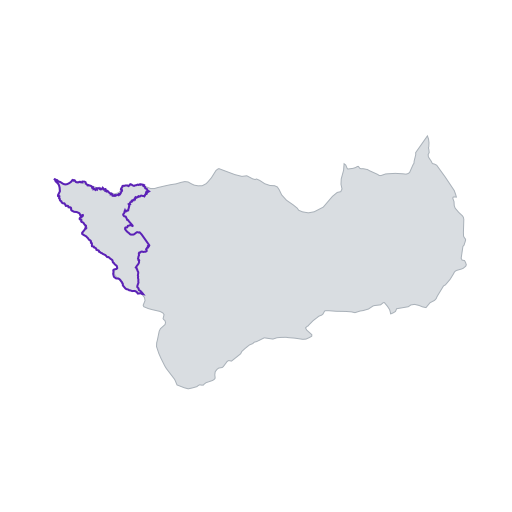 where Haut-Mbomou sits in Central African Republic, rotated 187°
{"feature_id": "CAF-867", "entity_name": "Haut-Mbomou", "entity_type": "Prefecture", "adm_level": 1, "iso_a3": "CAF", "parent_name": "Central African Republic", "parent_adm1": "", "projection": "albers", "projection_center": [25.352, 6.594], "detail": "fine", "context": "in_parent", "style": "outline", "palette": "violet", "viewbox_px": 512, "rotation_deg": 187, "n_neighbors": 0, "source": "natural_earth", "source_scale": "10m", "svg_char_len": 9765}
<svg xmlns="http://www.w3.org/2000/svg" viewBox="0 0 512 512"><g transform="rotate(187 256 256)"><path d="M356.5,190.7L361.2,192.0L362.0,193.4L360.7,198.2L361.6,201.2L364.2,203.7L366.9,204.8L369.5,205.4L378.5,207.0L382.3,208.7L387.2,214.3L393.4,219.4L394.9,222.1L394.6,224.6L392.8,227.5L393.1,228.8L395.9,231.7L399.2,234.8L405.2,238.2L415.6,243.5L420.3,247.0L421.9,249.7L424.6,252.7L428.3,255.3L430.8,257.4L429.1,263.2L429.6,265.1L430.5,266.8L432.7,269.1L433.6,272.1L435.7,275.7L438.3,277.4L442.6,278.0L444.9,279.7L449.6,282.6L454.1,285.2L456.1,286.9L457.3,288.5L458.3,290.3L458.9,292.1L459.0,296.0L459.8,300.9L462.2,304.3L464.5,306.8L455.2,303.9L453.8,303.9L452.2,304.4L447.3,307.9L445.8,308.4L439.6,307.6L424.8,304.9L413.4,302.2L410.0,301.2L403.9,300.3L399.8,302.2L396.1,308.4L395.0,309.7L389.0,311.5L386.2,311.0L379.3,312.7L368.7,310.1L364.9,310.6L362.0,311.9L354.3,314.7L349.7,316.3L344.3,317.8L339.2,320.0L335.7,321.2L332.4,321.2L329.3,319.9L326.0,318.8L322.0,318.6L317.9,319.2L314.3,321.7L312.9,323.5L309.8,328.2L306.2,335.9L304.8,337.4L303.5,338.2L286.9,334.2L279.7,333.3L274.9,334.5L268.8,332.2L266.2,331.8L264.9,332.5L261.6,331.5L256.1,328.8L250.8,327.7L246.1,328.0L243.2,327.1L241.0,324.5L238.0,319.8L232.6,315.1L225.4,311.3L220.9,308.5L219.2,306.6L215.3,305.5L209.3,305.2L203.6,307.0L195.2,312.7L187.4,324.5L183.1,329.0L179.7,330.2L178.8,333.0L180.4,337.6L180.8,342.9L179.5,351.8L179.8,358.3L178.0,357.2L176.3,354.2L175.5,353.5L170.4,354.8L167.8,356.0L166.3,357.2L165.3,357.4L163.7,355.7L162.4,355.4L160.4,355.7L158.4,355.6L157.1,355.4L156.2,355.5L153.8,354.5L145.2,351.8L143.7,351.0L141.9,351.0L137.4,353.2L135.0,353.7L127.8,355.0L120.0,355.5L117.1,355.5L115.0,356.4L113.7,357.7L111.2,365.9L110.5,367.3L110.6,369.4L109.8,376.0L110.1,378.1L100.5,396.1L99.0,393.1L98.1,389.5L97.8,385.4L98.0,384.3L97.5,383.1L96.7,379.8L97.5,377.7L97.0,375.4L95.2,373.2L93.6,371.4L92.7,369.9L91.9,369.2L90.1,369.0L87.7,368.1L77.7,357.3L67.2,345.1L65.2,341.1L64.3,338.9L66.9,338.7L67.6,338.3L67.7,337.2L66.1,334.1L65.4,330.2L64.2,327.8L60.1,324.0L56.1,321.1L54.9,319.7L54.2,317.6L53.0,304.6L52.4,300.9L51.2,299.3L50.3,298.5L49.9,297.6L50.2,295.3L50.7,293.3L50.7,292.4L51.8,290.7L52.1,278.7L50.9,277.0L48.5,276.9L47.2,275.1L46.2,272.9L46.6,271.4L48.9,269.0L50.5,268.1L55.0,266.2L56.3,265.3L57.2,264.1L57.7,262.6L60.5,256.5L64.5,250.4L66.2,249.2L70.3,240.2L71.3,237.9L72.0,235.6L73.3,233.8L77.6,230.8L81.0,225.5L84.5,225.8L88.1,226.8L92.7,227.3L96.3,226.3L98.7,224.2L110.0,220.8L110.8,218.0L112.6,216.5L114.7,215.2L115.4,215.0L115.6,216.0L116.8,219.0L119.3,222.0L122.9,225.4L124.0,225.2L126.4,222.7L132.2,221.3L133.7,220.7L137.9,217.1L143.0,214.9L145.9,214.1L150.9,211.8L154.5,212.2L160.3,211.9L169.9,210.9L176.8,210.6L180.3,210.2L181.2,209.7L182.6,206.3L183.7,205.3L186.3,203.9L191.5,198.7L194.9,194.3L195.9,192.8L196.6,192.5L198.1,190.7L196.7,188.7L191.0,184.7L191.1,184.2L190.8,183.5L191.1,183.0L193.3,181.4L196.3,179.6L199.4,179.0L207.6,179.2L214.5,178.9L216.2,179.0L221.6,178.2L225.3,177.4L229.1,175.6L237.8,175.8L245.0,171.1L247.1,170.3L248.0,169.5L248.3,168.8L251.7,166.9L255.5,163.0L258.5,159.5L259.3,157.1L267.5,148.7L270.4,148.9L271.8,147.8L275.0,142.2L276.0,141.2L279.4,140.2L281.0,138.6L282.4,136.1L282.4,133.0L281.8,130.5L281.8,129.3L282.6,128.3L283.9,127.2L290.1,124.2L291.7,122.7L292.6,121.4L294.4,121.2L296.2,121.3L297.4,120.5L298.8,119.1L303.1,117.3L307.1,115.9L311.2,116.5L318.7,118.4L321.0,122.5L322.0,123.9L331.3,133.4L333.1,135.7L337.7,142.6L340.5,147.3L343.7,154.0L344.0,157.7L343.6,160.8L342.9,169.6L342.0,172.2L337.9,176.9L337.7,179.1L338.6,180.9L339.8,181.6L340.6,182.5L340.1,186.6L341.6,188.2L344.6,189.3L352.4,190.1L356.5,190.7Z" fill="#d9dde1" stroke="#a8b0b8" stroke-width="1"/><path d="M363.3,204.4L364.6,204.5L365.5,205.2L367.6,204.5L368.7,204.3L369.5,205.1L369.8,205.6L371.3,206.4L372.4,206.5L374.6,206.1L376.4,206.5L377.7,206.5L378.7,207.1L380.6,207.3L381.6,207.8L384.3,210.3L384.7,210.9L384.7,212.0L385.4,212.7L385.5,213.3L385.8,213.7L386.4,214.1L387.9,215.8L388.9,216.5L389.9,216.9L391.3,216.7L392.5,216.8L393.1,217.3L393.9,217.6L394.4,218.0L394.7,218.5L395.6,220.9L395.5,222.8L395.9,224.2L395.8,224.8L395.1,225.4L393.0,226.1L392.3,226.8L392.4,227.7L393.1,229.3L395.0,230.4L395.6,230.9L396.1,231.6L397.1,232.1L397.4,232.5L397.8,233.9L398.1,234.4L398.5,234.7L400.3,235.6L401.6,236.6L402.4,237.0L403.0,236.8L403.6,236.8L405.5,238.5L406.0,238.7L408.6,239.5L409.4,240.1L410.3,240.2L410.6,240.3L411.1,240.8L412.2,241.0L412.4,241.2L412.4,241.7L412.7,242.2L413.2,242.4L414.6,242.5L415.2,242.7L415.5,243.9L416.6,244.5L417.9,244.8L418.1,245.5L420.0,245.7L420.2,246.4L420.3,248.1L420.6,248.8L420.8,248.9L421.4,248.9L421.5,249.0L421.4,249.6L421.6,250.3L421.7,250.7L422.1,251.1L422.8,251.5L423.9,251.9L424.9,253.2L426.2,254.1L426.7,254.7L427.9,255.2L429.8,255.9L431.3,256.8L431.4,257.9L430.6,259.2L429.6,260.6L429.0,261.9L428.1,262.5L427.9,262.9L428.5,263.1L428.5,263.6L428.3,264.8L428.5,265.4L430.0,266.3L431.3,267.9L431.9,268.2L433.2,268.5L433.7,268.9L433.8,270.5L434.1,270.7L435.1,270.8L435.6,271.3L435.6,271.9L435.3,272.5L433.5,273.8L433.0,274.3L432.7,275.0L432.9,275.6L433.4,275.5L434.7,274.6L435.2,274.7L436.2,276.6L436.7,277.0L438.6,277.6L439.6,277.8L441.9,277.7L444.2,278.5L444.8,278.9L445.1,279.3L445.3,280.8L445.6,281.4L446.3,281.7L447.1,281.7L447.6,281.5L448.0,281.5L448.3,282.3L448.7,282.8L449.4,282.9L450.8,282.5L451.2,282.9L451.5,283.8L452.1,284.3L452.4,284.7L452.6,284.9L453.8,284.7L455.4,285.4L455.8,286.5L456.9,287.0L457.3,287.4L457.6,287.9L457.8,288.9L458.5,289.4L458.3,290.8L458.5,291.4L459.4,291.1L459.8,291.3L459.9,291.6L459.9,292.5L458.6,296.0L458.5,296.5L458.8,297.8L459.2,299.9L460.0,301.9L460.6,302.9L461.2,303.7L464.0,305.7L464.5,306.9L465.4,307.6L465.8,308.0L464.6,307.6L464.2,307.3L462.6,307.1L461.3,306.0L459.2,305.6L456.6,304.3L455.3,303.9L453.9,303.8L452.4,304.2L450.3,305.5L448.4,307.3L447.8,308.6L447.2,309.2L446.6,309.1L446.3,308.7L446.1,308.6L445.6,309.1L445.3,309.1L443.8,307.5L443.1,307.3L441.6,307.3L440.5,308.0L439.7,307.9L439.6,308.2L439.4,308.2L439.1,307.9L438.5,307.8L437.9,308.0L437.6,308.5L437.3,308.2L437.1,308.5L436.3,308.8L435.4,308.9L434.2,308.5L433.5,307.0L432.1,306.1L431.8,305.6L430.9,306.0L430.6,305.6L429.5,305.7L428.6,305.5L428.0,305.3L427.4,304.8L427.2,304.3L426.5,304.5L426.5,303.8L426.1,304.0L425.9,303.7L425.6,302.7L425.2,303.1L424.7,302.7L424.3,302.9L423.9,302.3L423.4,302.0L423.1,302.6L422.8,302.7L422.1,302.5L422.3,303.6L421.7,303.4L421.5,303.6L421.4,303.9L420.4,304.0L420.1,304.3L419.1,303.3L418.3,303.1L418.0,303.2L417.9,303.5L417.9,304.0L417.4,303.8L416.8,303.9L416.4,304.3L416.3,304.9L415.7,304.4L415.1,303.4L414.3,303.4L413.9,304.0L413.6,304.1L413.1,303.0L413.2,302.5L412.6,302.7L412.5,301.9L412.0,301.7L411.8,301.8L412.1,302.1L411.8,302.5L411.4,302.5L410.6,302.1L409.2,300.7L408.5,300.5L408.1,300.1L407.5,300.1L407.0,300.4L406.6,300.1L406.6,299.9L407.0,299.4L406.3,299.4L406.0,299.1L405.7,298.3L404.1,298.4L404.4,299.0L403.2,299.4L402.9,299.3L402.5,298.9L401.0,299.8L400.3,300.0L399.7,299.6L399.4,300.0L398.9,300.2L398.7,300.4L399.1,301.0L398.4,301.2L398.0,301.6L397.7,303.0L396.9,304.4L397.1,305.2L397.9,305.4L398.2,305.6L398.2,305.9L398.0,306.8L397.4,307.6L397.1,309.1L396.8,309.4L394.9,309.7L394.3,310.1L392.2,310.3L391.4,309.9L391.1,309.8L390.6,310.4L390.2,310.6L389.6,311.9L389.4,312.0L388.2,311.7L387.1,311.1L385.6,310.7L384.6,311.4L383.8,311.5L382.6,312.2L382.0,312.5L381.1,312.2L380.1,313.0L379.7,313.1L379.4,312.7L378.8,313.1L378.2,313.1L376.1,312.9L375.7,312.7L376.3,311.8L375.8,311.5L374.9,311.2L374.5,310.9L374.3,310.5L374.3,309.9L374.0,309.6L372.5,309.2L371.8,308.1L371.2,307.6L370.1,307.1L371.0,306.4L372.0,306.9L372.6,306.6L372.7,306.2L372.0,305.9L371.9,305.8L371.9,305.5L372.2,305.2L372.0,304.8L372.0,304.5L372.2,304.2L372.5,304.2L373.0,304.6L373.2,303.6L373.6,303.1L373.6,302.4L374.0,302.1L374.2,301.6L374.7,301.9L376.1,301.8L377.1,302.0L377.7,301.8L378.3,301.0L378.9,300.8L379.6,301.1L379.9,301.1L380.1,300.3L381.0,300.1L381.5,299.3L381.8,299.2L382.1,299.5L382.7,299.7L383.0,298.7L383.0,297.8L383.0,297.7L383.4,297.9L383.5,297.2L384.1,297.0L384.2,296.3L384.4,296.3L384.9,296.5L385.3,296.2L386.0,295.9L386.1,295.7L385.7,295.3L385.7,294.9L386.0,294.7L386.5,294.7L386.8,294.2L387.3,294.0L387.5,293.6L387.6,292.8L388.4,292.2L387.6,291.8L388.3,291.3L388.0,290.9L387.8,290.3L388.1,289.8L388.0,288.8L388.2,288.1L388.2,287.3L388.5,286.6L388.4,285.7L389.0,285.3L389.9,285.2L390.4,284.4L390.7,284.3L391.0,284.4L391.6,285.4L391.9,284.3L391.9,283.1L392.2,282.3L392.8,281.4L392.9,280.9L392.7,280.4L392.0,279.6L391.5,279.3L390.4,279.3L390.1,279.2L389.3,277.9L388.8,277.3L388.5,276.3L388.0,276.1L387.2,276.0L386.7,275.2L382.5,271.5L382.1,270.9L382.3,270.7L383.4,271.1L384.5,271.3L385.0,271.2L385.7,270.7L386.9,270.3L387.3,268.8L387.6,268.6L389.0,268.4L389.2,268.2L389.3,267.7L389.2,266.7L388.5,265.9L387.1,264.6L385.9,263.8L385.1,263.4L383.7,262.3L383.3,262.1L382.7,262.0L380.4,262.3L379.6,262.7L377.7,264.6L377.1,265.1L376.6,265.2L375.2,265.0L374.4,265.3L372.2,263.5L363.2,253.6L363.4,252.9L364.5,252.8L364.6,252.6L364.0,251.7L364.0,251.4L364.2,251.2L364.8,251.1L365.3,250.6L365.4,249.7L365.9,249.4L365.9,249.2L365.4,248.8L365.1,247.7L365.9,246.9L366.4,246.7L367.0,246.7L368.1,246.3L368.8,246.3L369.4,246.5L369.9,246.5L370.7,246.2L371.5,245.2L372.2,245.3L372.3,245.2L372.6,244.5L372.6,244.0L372.2,242.4L372.6,241.3L372.6,240.3L372.8,238.9L372.1,238.3L372.2,237.6L371.9,237.4L371.5,237.6L371.4,237.5L371.5,236.5L371.3,235.6L371.5,234.6L372.0,233.4L373.0,231.8L373.9,229.9L372.9,229.3L372.8,228.6L372.3,228.2L371.9,227.0L371.1,226.0L370.8,225.0L370.9,222.3L370.5,221.5L370.5,220.0L369.9,218.4L369.7,216.3L369.4,215.3L370.1,212.1L370.1,210.8L368.6,209.5L368.3,208.4L367.9,207.8L366.8,207.4L366.3,207.1L364.5,205.6L363.3,204.4Z" fill="none" stroke="#5b21b6" stroke-width="2"/></g></svg>